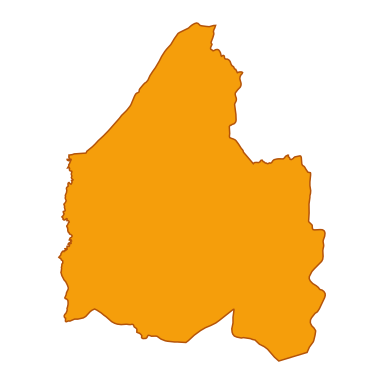 outline of Andoung Meas, Rôtânôkiri, Cambodia
{"feature_id": "14789045B1558360713921", "entity_name": "Andoung Meas", "entity_type": "district", "adm_level": 2, "iso_a3": "KHM", "parent_name": "Cambodia", "parent_adm1": "Rôtânôkiri", "projection": "natural_earth1", "projection_center": [107.29, 13.96], "detail": "fine", "context": "isolated", "style": "filled", "palette": "amber", "viewbox_px": 384, "rotation_deg": 0, "n_neighbors": 0, "source": "geoboundaries", "source_scale": "gbopen_adm2", "svg_char_len": 5847}
<svg xmlns="http://www.w3.org/2000/svg" viewBox="0 0 384 384"><path d="M215.6,25.4L213.7,25.5L209.2,26.7L206.1,26.4L201.6,25.8L200.1,25.4L198.0,23.4L196.5,23.0L194.5,23.6L192.2,24.9L190.5,26.2L188.5,28.1L179.5,32.5L178.0,33.5L174.4,38.6L170.8,44.6L166.6,49.2L164.8,51.5L161.6,56.5L159.3,61.1L155.4,67.7L152.8,71.3L150.0,75.6L147.9,80.2L146.1,82.3L144.9,83.0L143.4,84.5L139.9,88.7L139.3,89.8L139.1,91.6L138.8,92.1L137.5,92.9L136.9,93.0L135.7,94.0L134.5,96.2L131.0,104.6L129.9,106.4L126.6,110.5L121.6,115.4L119.4,118.3L108.2,131.0L103.3,136.0L98.2,140.7L95.1,144.1L92.3,146.8L86.8,151.3L86.2,152.8L85.7,153.1L74.2,153.9L72.2,154.6L68.9,155.1L69.1,156.2L68.8,156.7L68.9,157.4L69.3,157.8L69.6,158.7L69.0,159.2L67.1,159.4L67.3,160.1L68.4,160.7L69.0,160.6L70.6,159.8L70.4,159.2L71.1,159.4L71.0,159.9L70.8,160.7L70.2,161.2L70.2,161.9L69.4,163.8L68.7,164.8L68.8,165.9L67.6,167.9L69.3,167.7L69.6,168.3L69.4,169.9L69.9,170.7L71.7,171.3L71.8,172.0L71.3,173.9L71.3,174.5L71.9,175.9L71.3,177.7L71.8,178.6L73.0,179.7L72.8,180.2L71.5,180.5L72.0,181.6L72.0,182.3L71.5,183.6L71.0,184.2L70.2,183.8L69.0,182.5L68.3,182.9L67.9,184.0L68.1,184.7L68.0,185.3L68.3,186.0L66.7,187.5L66.5,188.0L66.4,188.8L66.8,190.1L66.5,192.5L65.3,195.3L65.5,196.9L65.2,197.9L65.3,198.5L66.2,200.8L65.3,202.6L63.9,204.2L64.6,206.3L64.4,207.2L65.2,210.3L64.8,211.0L63.3,211.5L63.5,212.1L63.3,212.7L64.1,213.8L63.2,215.6L61.9,216.9L63.2,218.5L63.0,219.3L63.7,219.9L64.3,220.0L65.0,219.8L66.1,218.9L66.7,218.6L67.2,219.0L66.9,220.6L68.3,220.7L69.0,221.4L69.2,222.1L68.3,223.0L67.7,224.7L67.0,225.5L66.7,226.1L66.9,226.9L67.5,227.4L67.6,228.7L67.9,229.1L67.7,229.9L68.1,231.9L69.1,232.7L69.3,233.6L69.7,234.1L70.6,234.3L72.0,235.5L72.1,236.2L71.4,237.4L70.3,237.8L69.4,239.5L69.3,240.0L69.7,240.0L70.4,239.7L71.0,239.8L71.4,240.3L71.5,241.0L70.5,241.0L71.2,243.2L70.7,243.7L69.4,242.7L68.8,243.1L68.1,244.1L68.1,244.6L69.2,244.6L69.5,245.4L69.4,246.1L69.0,246.4L67.0,246.4L67.0,249.0L66.3,248.9L65.9,248.6L65.0,248.7L65.4,249.9L66.1,250.0L65.1,250.7L64.5,250.7L63.9,251.6L63.1,251.0L62.1,251.9L61.0,253.7L60.8,255.0L58.8,257.3L59.6,258.0L60.7,258.4L61.3,259.9L62.7,260.8L62.8,263.0L61.9,264.1L61.8,265.9L61.4,267.4L61.6,268.5L61.3,270.5L61.4,271.0L60.9,272.2L61.9,275.7L64.1,280.0L65.7,281.7L67.4,285.1L68.3,287.7L68.2,289.1L66.5,292.7L66.1,294.9L64.8,297.9L65.4,298.7L66.5,298.9L67.9,300.4L68.1,302.9L68.0,304.8L67.4,307.4L67.0,308.3L67.2,309.6L66.9,311.1L65.9,313.3L64.8,314.4L64.2,315.7L64.2,316.4L64.4,317.2L64.9,317.9L65.6,318.2L65.4,321.1L66.1,321.8L68.7,320.9L69.9,321.1L74.6,319.1L77.9,319.1L83.3,317.9L85.8,316.4L90.2,311.6L92.2,310.1L94.6,309.0L96.7,310.0L101.2,312.9L103.8,315.1L106.2,316.8L111.6,321.6L114.5,323.2L117.2,324.1L121.1,324.6L126.5,324.2L129.3,324.6L130.6,324.6L131.8,324.3L132.7,324.4L133.4,324.9L134.2,326.9L136.2,328.3L136.9,329.3L136.8,332.2L138.5,333.0L139.5,333.2L141.1,334.7L141.8,335.8L141.5,337.2L141.9,338.0L143.0,338.6L145.9,338.4L146.9,337.6L147.7,335.9L148.3,335.3L150.1,335.6L151.3,336.2L156.0,336.1L157.1,336.3L161.0,339.1L165.3,340.8L167.3,341.2L174.7,342.0L177.8,342.0L185.9,342.5L188.3,340.7L194.2,335.2L200.6,330.5L205.4,327.7L210.7,325.5L215.9,322.9L219.6,320.2L233.2,309.4L233.8,309.3L234.0,310.0L233.0,317.3L233.0,323.0L231.8,328.8L232.1,332.1L232.8,334.1L234.3,336.0L236.9,337.1L241.3,338.0L243.4,337.6L250.3,338.6L252.6,339.5L255.0,340.0L259.4,344.2L264.3,346.7L267.5,349.1L274.5,357.2L278.8,361.0L307.1,352.4L309.4,347.1L313.2,341.9L313.7,340.7L315.0,335.4L315.6,331.6L315.6,330.6L313.8,327.8L311.9,326.0L310.7,323.8L310.3,322.4L310.5,319.8L311.6,317.7L314.2,314.4L315.2,313.2L316.9,312.2L317.6,311.5L319.4,308.7L324.6,297.7L325.2,295.7L325.2,294.8L325.1,293.5L323.9,291.5L322.1,290.1L320.0,289.5L319.3,288.8L318.4,287.5L316.2,285.7L312.8,283.6L311.4,282.2L310.1,280.7L309.2,278.6L309.3,276.6L311.9,271.5L314.4,268.7L321.6,261.4L322.7,259.3L323.1,256.3L322.8,250.6L323.1,248.6L323.6,246.6L323.7,245.2L323.1,241.6L323.3,240.1L324.7,236.1L325.0,233.1L324.6,231.7L324.1,230.8L323.1,230.1L322.1,229.7L320.1,229.6L314.5,229.9L313.1,229.6L312.4,228.4L312.2,225.4L311.9,224.8L309.1,222.1L308.6,221.3L309.1,213.0L309.0,204.0L309.9,197.4L309.9,195.7L310.5,193.4L310.7,190.7L309.9,185.7L309.9,181.9L310.6,175.1L310.6,173.4L310.4,172.7L307.9,172.2L305.8,169.1L304.8,167.3L304.2,166.5L302.7,165.5L302.2,164.8L301.8,163.9L301.3,157.6L300.9,156.4L300.5,156.0L299.7,155.9L294.9,156.9L293.8,157.7L293.2,158.5L291.2,159.6L290.1,159.3L289.6,157.9L289.3,157.4L288.3,156.8L288.4,155.2L287.8,155.1L285.7,156.2L285.3,156.6L284.6,157.8L283.1,158.9L278.8,158.8L276.9,159.0L274.1,159.7L272.9,160.7L271.6,162.6L270.4,163.2L269.4,162.9L267.9,163.7L267.2,163.6L266.5,163.1L265.4,163.1L264.2,162.0L263.3,161.7L262.1,160.1L261.0,160.3L260.8,160.7L260.3,161.1L260.2,161.6L259.0,162.4L258.3,162.6L256.8,162.4L254.8,162.5L254.3,162.9L253.4,163.1L253.2,163.6L243.4,152.1L243.2,151.0L242.4,149.6L241.4,148.6L238.6,144.2L236.1,140.8L235.0,139.8L233.1,138.9L231.5,138.4L229.7,137.6L229.4,136.3L229.7,133.5L229.3,126.6L230.2,125.3L231.0,125.2L232.2,124.4L234.0,123.8L235.0,122.9L235.8,121.7L236.1,120.0L235.9,114.5L234.6,104.6L234.8,103.6L236.2,100.8L236.4,99.4L236.3,98.2L235.6,96.2L235.2,94.4L235.3,93.0L237.7,89.8L240.2,87.2L240.9,85.7L241.1,84.1L241.0,83.1L239.8,78.8L240.1,76.7L240.9,75.0L242.1,73.7L242.6,72.6L242.0,72.1L241.1,71.9L239.1,72.0L237.4,72.7L235.7,69.3L234.9,69.1L234.4,68.6L233.6,66.8L231.9,65.6L231.1,64.2L230.1,61.5L229.4,60.5L228.5,59.7L227.3,59.1L225.8,59.1L224.8,58.6L224.6,58.2L224.3,56.1L223.8,55.6L223.3,55.4L222.7,55.5L221.6,56.3L221.2,55.9L220.4,52.6L219.5,51.0L218.6,49.9L217.6,49.5L216.8,49.5L215.6,49.7L213.7,50.7L212.8,50.7L211.7,49.7L210.7,49.2L210.5,48.1L210.9,46.8L212.0,44.5L211.8,43.9L211.2,43.2L211.1,42.2L212.8,37.7L213.8,34.3L213.8,33.0L213.4,31.9L213.8,29.8L214.6,28.3L215.6,25.4Z" fill="#f59e0b" stroke="#b45309" stroke-width="1.5"/></svg>